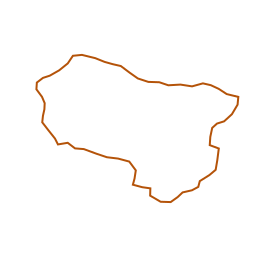 Carapicuíba, São Paulo, Brazil (Equal Earth projection), rotated 285°
{"feature_id": "56859067B3159053220029", "entity_name": "Carapicuíba", "entity_type": "district", "adm_level": 2, "iso_a3": "BRA", "parent_name": "Brazil", "parent_adm1": "São Paulo", "projection": "equal_earth", "projection_center": [-46.843, -23.547], "detail": "fine", "context": "isolated", "style": "outline", "palette": "amber", "viewbox_px": 256, "rotation_deg": 285, "n_neighbors": 0, "source": "geoboundaries", "source_scale": "gbopen_adm2", "svg_char_len": 889}
<svg xmlns="http://www.w3.org/2000/svg" viewBox="0 0 256 256"><g transform="rotate(285 128 128)"><path d="M95.9,126.3L95.9,137.9L89.1,146.5L80.9,147.4L74.5,147.4L74.5,157.0L75.5,165.2L68.4,166.9L65.2,178.6L67.5,188.4L74.2,193.9L79.9,197.4L84.4,205.9L89.3,211.1L95.3,211.1L103.6,218.8L110.3,223.5L119.9,222.6L131.7,221.0L132.6,211.4L140.7,209.8L149.9,209.3L155.3,212.8L159.3,219.1L168.2,224.8L178.9,227.8L186.6,226.5L186.3,214.6L189.3,205.4L190.8,196.9L190.5,188.8L184.8,179.1L183.5,167.4L179.7,155.9L180.3,146.4L177.8,135.7L178.4,124.7L181.9,115.2L186.0,105.0L185.7,96.8L185.8,88.3L187.0,78.3L186.7,64.6L183.5,56.1L174.8,53.1L165.9,46.6L158.3,38.9L154.4,32.9L148.3,28.2L141.7,29.5L135.8,36.9L130.4,41.1L124.4,42.4L117.7,42.7L111.3,43.7L105.2,51.7L98.9,60.2L94.0,64.6L98.1,73.6L94.6,82.1L96.2,90.8L95.0,104.0L94.3,115.2L95.9,126.3Z" fill="none" stroke="#b45309" stroke-width="2"/></g></svg>